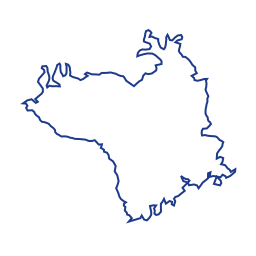 the district of Três de Maio, Rio Grande do Sul, Brazil, rotated 262°
{"feature_id": "56859067B28717369395740", "entity_name": "Três de Maio", "entity_type": "district", "adm_level": 2, "iso_a3": "BRA", "parent_name": "Brazil", "parent_adm1": "Rio Grande do Sul", "projection": "equal_earth", "projection_center": [-54.244, -27.716], "detail": "fine", "context": "isolated", "style": "outline", "palette": "blue", "viewbox_px": 256, "rotation_deg": 262, "n_neighbors": 0, "source": "geoboundaries", "source_scale": "gbopen_adm2", "svg_char_len": 4174}
<svg xmlns="http://www.w3.org/2000/svg" viewBox="0 0 256 256"><g transform="rotate(262 128 128)"><path d="M211.9,170.3L213.4,167.1L215.3,164.4L215.2,162.0L216.9,162.8L218.9,164.5L220.7,163.5L222.1,161.8L221.4,159.3L218.9,158.2L216.5,157.6L213.5,156.1L211.5,155.8L210.0,158.4L208.5,161.3L205.5,162.2L203.1,160.3L203.2,156.2L203.8,153.0L203.1,150.4L201.2,148.4L199.6,147.7L197.7,147.2L198.3,149.6L198.9,154.1L199.1,157.7L198.7,160.2L198.3,162.5L196.1,165.4L193.4,167.7L191.1,169.7L189.3,170.5L186.7,170.1L186.2,164.1L183.3,164.6L181.1,163.9L178.7,159.3L178.5,155.6L179.7,152.9L177.7,150.4L175.8,149.5L173.8,148.6L172.8,145.9L171.2,143.4L168.6,139.7L170.4,137.8L172.5,135.5L175.2,132.7L177.6,131.8L179.8,130.6L180.8,127.6L181.8,125.7L183.3,123.7L184.3,121.3L185.4,118.6L185.6,114.1L186.2,109.6L184.8,107.0L185.5,103.7L186.2,99.6L187.6,97.1L188.6,95.0L187.4,92.9L185.2,95.3L184.2,92.9L182.7,90.3L182.1,87.6L184.0,85.4L185.1,82.8L186.4,80.1L188.1,77.9L191.2,78.7L193.6,78.6L195.6,78.8L197.6,78.4L199.2,77.4L200.1,75.5L197.1,75.7L193.7,75.2L190.8,74.7L188.9,73.3L188.3,71.0L190.0,70.5L192.6,69.3L195.2,69.2L197.5,69.4L199.3,69.8L201.3,69.2L200.2,66.7L198.4,65.9L196.7,65.0L194.5,63.8L192.4,62.6L189.8,60.9L187.3,60.2L185.2,60.7L183.2,63.2L180.6,66.2L178.7,66.3L179.4,62.7L179.9,58.6L180.8,56.1L179.4,53.7L181.2,53.3L183.3,54.6L185.6,56.1L187.5,56.9L189.6,57.2L192.2,56.9L195.0,56.3L196.7,56.4L198.4,56.6L200.7,55.7L201.0,51.8L199.3,50.9L197.3,52.9L194.7,53.1L189.2,46.7L186.2,45.3L179.1,49.1L175.8,48.8L174.0,47.2L169.6,40.2L166.5,42.3L165.7,40.2L169.9,36.5L169.3,32.0L167.0,27.5L166.3,30.5L164.0,31.5L162.1,29.9L159.3,31.0L158.9,35.6L156.9,37.4L155.2,37.8L153.2,39.1L151.0,41.4L148.3,42.0L146.2,43.5L145.4,46.2L143.4,49.9L140.5,51.9L138.3,54.1L136.2,55.4L134.0,55.4L132.1,56.7L130.7,58.7L128.9,60.8L128.5,64.4L127.8,66.9L126.5,69.3L125.8,71.6L124.7,73.7L124.1,76.9L123.5,79.8L122.4,84.3L120.7,87.2L120.2,90.2L120.5,93.4L115.6,96.8L115.5,99.9L113.7,99.2L112.1,98.3L109.9,101.1L107.8,101.0L106.5,103.8L103.8,105.0L100.3,105.1L97.0,108.6L92.1,110.5L86.9,108.8L82.7,110.8L76.6,111.3L72.1,109.2L70.0,107.9L65.2,109.3L61.0,110.0L58.5,111.2L56.0,113.7L54.7,115.6L53.5,113.4L51.7,113.1L50.1,114.4L46.7,113.4L44.3,115.0L42.4,115.1L41.4,117.2L38.2,119.2L35.2,115.8L37.0,127.7L39.4,129.4L35.1,131.2L33.9,133.9L36.2,136.8L38.8,138.9L41.4,139.3L47.7,138.9L47.9,142.4L47.4,145.0L44.7,142.6L42.4,143.0L39.5,142.3L38.0,143.7L38.2,146.3L40.5,149.0L48.4,150.0L49.8,151.6L52.8,153.8L47.8,155.0L49.9,159.0L48.7,161.4L46.4,160.7L44.8,162.7L48.8,164.6L51.5,163.7L53.1,165.2L53.6,168.2L55.5,171.3L57.9,175.4L61.2,173.7L65.7,179.7L62.8,180.5L62.9,185.5L61.5,188.4L58.5,189.5L61.2,192.2L63.4,194.2L67.0,200.2L72.0,201.0L72.7,203.5L68.2,202.1L68.6,205.8L67.6,209.1L66.3,212.7L68.6,215.2L66.7,217.8L65.0,218.3L66.3,222.6L69.7,227.9L72.2,228.5L70.2,223.7L72.5,222.9L74.0,221.2L77.7,219.0L79.2,215.1L81.3,216.9L85.0,218.1L86.6,215.2L85.3,211.6L88.2,212.2L90.4,212.7L91.8,213.9L93.5,215.5L95.1,217.2L97.0,218.9L99.0,219.4L100.7,220.4L102.1,219.0L103.3,217.1L106.1,215.3L107.4,213.7L108.0,211.3L108.5,208.8L109.3,205.7L110.3,203.3L110.3,200.3L112.5,200.2L114.9,200.7L116.8,202.1L116.6,206.0L118.7,208.8L120.4,210.7L122.2,210.1L123.7,208.7L125.6,208.3L127.4,208.4L129.3,207.4L131.3,206.8L133.1,207.0L135.8,207.5L138.2,208.4L140.5,209.1L143.0,210.3L146.1,210.7L148.3,212.0L150.9,211.2L153.6,210.4L155.5,210.2L157.5,211.1L161.5,212.0L164.0,211.7L165.6,213.1L165.9,210.2L165.3,206.3L165.1,203.5L166.1,200.6L168.3,200.4L170.8,198.3L172.7,203.7L175.6,202.6L178.7,203.0L181.6,200.5L184.2,199.4L186.4,198.2L188.4,196.7L190.4,194.7L190.9,192.2L193.2,191.3L195.3,189.8L197.1,189.1L199.1,189.7L202.0,191.0L204.0,191.5L205.0,189.5L206.3,186.9L207.9,189.3L208.4,193.5L210.4,194.4L212.7,193.5L212.7,190.1L210.9,186.9L208.6,184.1L209.2,181.8L211.1,181.2L213.0,180.8L214.8,180.1L212.4,178.4L210.4,178.3L208.0,177.6L205.5,177.1L202.5,175.9L201.0,174.5L203.1,171.6L206.1,170.6L207.9,170.3L210.0,170.0L211.9,170.3ZM65.7,179.7L67.7,175.4L73.1,173.8L71.2,175.7L69.5,178.0L68.9,180.3L67.2,181.5L65.7,179.7ZM67.6,209.1L60.7,205.3L58.4,211.1L60.4,212.7L62.8,212.5L67.6,209.1Z" fill="none" stroke="#1e3a8a" stroke-width="2"/></g></svg>